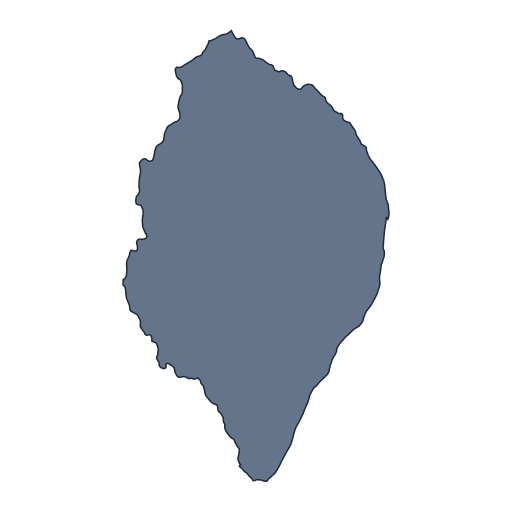 Santana, Boyacá, Colombia (Equal Earth projection)
{"feature_id": "7082276B99555261939009", "entity_name": "Santana", "entity_type": "district", "adm_level": 2, "iso_a3": "COL", "parent_name": "Colombia", "parent_adm1": "Boyacá", "projection": "equal_earth", "projection_center": [-73.497, 6.055], "detail": "fine", "context": "isolated", "style": "filled", "palette": "slate", "viewbox_px": 512, "rotation_deg": 0, "n_neighbors": 0, "source": "geoboundaries", "source_scale": "gbopen_adm2", "svg_char_len": 6025}
<svg xmlns="http://www.w3.org/2000/svg" viewBox="0 0 512 512"><path d="M367.7,153.2L367.1,152.3L366.5,150.5L366.3,148.0L365.7,146.8L364.3,145.8L361.3,144.1L359.7,140.2L358.0,137.7L356.3,134.9L355.8,133.2L355.4,131.4L354.7,129.9L351.0,124.8L350.1,123.1L349.2,122.4L347.1,122.0L344.2,120.5L343.1,119.3L342.7,118.3L342.7,116.8L342.6,115.0L342.0,114.1L341.0,113.4L339.2,113.5L338.2,113.3L336.2,111.9L335.2,111.6L334.1,110.8L333.2,109.7L332.8,108.3L331.9,106.9L331.0,105.8L327.7,103.1L326.6,102.1L325.8,100.6L325.6,98.9L325.0,97.3L323.3,96.4L321.0,94.6L318.7,92.0L315.2,88.5L312.8,85.4L311.6,84.8L310.3,84.5L309.2,84.5L308.0,84.2L306.8,84.5L304.6,85.4L303.3,86.2L302.2,87.6L300.4,89.3L298.9,89.3L297.3,88.6L296.2,87.8L294.0,85.2L293.3,83.7L292.8,82.2L292.6,80.2L292.0,77.8L291.4,76.4L290.5,75.6L288.7,75.4L287.7,74.3L286.5,72.9L284.8,71.3L284.1,71.4L282.9,70.8L281.8,70.7L279.0,71.8L277.4,71.3L275.2,70.3L274.3,69.5L273.1,65.9L271.4,64.7L270.5,64.7L269.1,64.3L266.5,62.6L263.8,60.4L261.8,59.4L259.2,58.4L256.3,58.1L255.3,57.6L253.8,53.8L252.4,50.9L251.5,49.6L249.9,48.3L248.6,46.6L245.3,39.9L244.5,39.0L243.6,38.2L242.0,37.7L238.6,38.9L236.9,38.9L235.9,38.2L234.8,37.0L232.1,32.3L231.4,30.7L227.0,33.9L225.0,34.4L222.0,34.8L219.3,36.1L215.1,38.8L212.3,39.9L211.3,40.6L210.5,40.8L209.7,40.6L209.2,40.7L208.8,41.3L208.4,43.3L205.7,48.7L205.0,50.1L203.2,51.8L202.5,52.8L202.1,54.3L201.5,55.0L200.5,55.6L197.5,56.6L195.5,57.5L192.2,60.3L185.8,64.1L181.8,66.8L179.5,67.5L178.7,67.5L177.4,67.2L176.6,67.3L175.5,68.6L175.3,70.0L175.5,71.8L176.0,74.1L176.5,75.8L177.5,77.9L178.6,79.0L179.8,79.2L180.8,80.7L181.7,82.7L182.2,84.5L182.4,86.2L182.3,91.8L182.0,93.6L181.5,94.6L180.3,96.2L179.9,97.5L178.9,101.1L178.3,104.5L177.9,107.4L178.5,109.4L179.8,113.3L180.0,116.7L179.6,118.6L179.0,119.7L177.7,121.0L176.3,121.6L174.9,122.0L173.4,122.8L172.0,123.9L168.9,125.7L167.3,127.0L164.6,133.4L164.3,134.7L163.9,138.7L163.6,140.3L161.5,143.0L157.6,145.3L156.5,146.4L155.8,147.7L154.7,151.4L154.0,155.7L153.5,157.6L152.9,159.5L152.3,160.5L150.8,161.1L149.0,161.2L147.5,160.5L146.4,159.4L145.3,158.9L144.2,158.8L142.8,159.2L141.2,160.6L139.6,162.6L139.4,163.9L140.5,170.0L140.5,172.4L139.6,176.8L139.1,181.6L139.0,187.6L139.6,190.2L139.5,191.5L139.0,192.9L138.4,194.3L137.5,195.1L136.5,196.5L136.1,197.7L135.7,200.9L136.0,202.7L136.4,203.9L137.4,204.5L140.5,205.2L141.1,205.7L142.8,209.5L143.1,210.7L143.1,212.1L143.1,213.9L142.3,219.6L142.4,222.5L142.7,226.3L143.6,229.1L144.4,230.9L145.6,233.5L146.4,234.3L146.8,235.2L146.7,236.5L146.1,238.0L144.8,238.8L142.6,239.3L140.8,239.1L138.8,239.3L137.7,240.0L137.1,240.8L136.6,242.3L136.7,243.8L137.2,245.2L137.5,246.9L137.4,249.1L136.9,250.6L135.1,251.3L132.7,250.5L131.2,250.3L130.4,251.1L129.9,252.6L129.3,255.5L128.5,257.6L127.5,259.5L126.9,261.5L126.6,263.4L126.6,265.9L126.9,268.9L126.5,274.3L126.2,276.5L125.0,278.1L124.0,279.2L123.1,279.8L123.2,282.3L122.9,284.3L123.1,285.1L123.8,285.8L124.5,286.1L124.9,286.8L125.2,287.9L125.6,290.1L125.9,294.5L126.4,297.5L127.9,301.8L129.0,304.2L129.5,305.9L129.9,309.1L130.3,310.5L130.9,311.2L131.7,311.5L132.7,312.2L135.5,313.7L137.1,314.7L137.7,315.3L138.3,316.3L140.0,319.8L140.3,320.8L140.4,321.8L140.3,325.1L140.4,326.5L140.7,327.4L142.4,329.9L144.1,332.1L145.2,334.5L146.2,335.1L146.8,335.2L147.4,335.2L148.7,334.7L149.3,334.7L150.5,335.2L151.2,336.1L151.7,337.8L152.0,338.8L151.7,340.5L152.1,341.4L153.8,341.8L155.7,342.7L156.3,343.4L156.8,344.3L158.0,347.7L158.2,349.1L158.1,350.8L157.6,354.8L156.6,357.4L156.6,358.2L156.7,358.6L157.5,360.1L158.9,362.3L159.2,363.2L159.1,365.1L159.3,365.7L160.4,367.2L161.6,368.0L163.5,368.5L164.4,368.5L165.4,368.1L165.7,367.8L166.0,367.3L166.1,366.5L165.9,365.1L166.2,363.9L167.0,363.5L168.1,363.5L172.4,366.0L173.9,367.7L174.3,368.6L175.2,372.7L176.4,374.9L177.4,376.3L178.0,376.9L179.5,377.2L180.6,377.2L183.0,376.6L185.7,376.8L186.4,377.2L187.3,378.1L187.9,378.1L189.4,378.7L191.6,378.2L194.1,379.2L196.5,378.6L198.0,377.8L198.4,378.6L199.9,380.1L200.4,380.9L200.7,381.7L200.7,382.5L201.1,383.4L201.7,384.2L203.2,385.6L204.3,389.6L205.1,393.7L205.4,394.6L206.3,396.2L208.6,399.0L209.2,400.0L211.5,402.3L214.2,404.0L216.1,404.6L217.2,405.5L217.6,406.8L217.7,408.3L218.0,409.8L218.3,411.0L219.1,412.1L220.6,413.2L221.2,413.9L221.5,414.8L222.7,416.5L223.0,417.3L223.2,418.0L223.3,420.7L223.7,422.3L224.8,424.3L224.7,426.2L224.8,428.1L225.8,430.8L226.8,432.5L229.8,436.4L231.1,437.7L233.2,438.9L233.9,439.6L234.8,441.3L235.0,442.3L237.2,446.2L238.8,448.3L239.2,448.6L239.3,449.9L238.9,453.8L238.7,455.3L238.4,456.0L238.1,457.6L238.0,458.5L238.1,459.5L238.2,460.4L239.3,463.2L239.4,463.5L240.3,464.1L240.7,464.8L239.9,465.2L239.3,466.1L240.7,467.7L242.4,468.8L244.3,471.5L246.6,472.9L247.6,474.0L247.9,474.6L249.1,476.0L252.6,479.5L252.9,480.5L253.3,480.6L255.2,480.5L256.5,479.8L257.5,479.5L258.6,480.0L260.0,479.8L260.6,479.9L263.6,480.9L264.4,480.9L265.6,481.3L266.6,481.2L267.3,480.9L268.3,479.2L269.3,478.2L274.6,473.5L275.9,471.8L279.2,466.2L280.8,462.8L286.1,452.6L289.1,447.7L290.9,444.3L292.6,438.5L294.5,431.3L296.0,427.2L299.3,421.3L303.0,413.9L304.1,410.7L308.1,401.5L309.8,395.1L312.8,389.4L314.5,387.3L316.2,386.0L317.6,384.5L320.1,381.4L326.8,375.1L327.8,373.8L328.9,371.4L330.0,366.3L331.7,361.0L333.3,357.3L335.2,354.5L336.5,351.4L336.8,349.1L337.5,347.0L339.6,343.8L341.1,341.9L343.1,339.9L345.4,337.1L348.5,334.5L353.1,329.9L356.6,327.5L359.1,326.2L360.8,324.0L362.7,321.4L364.0,316.7L365.0,314.1L366.4,311.3L371.1,305.1L375.6,296.9L377.0,293.8L377.9,291.4L378.5,289.3L379.6,286.3L379.7,284.4L380.0,283.5L379.5,279.7L379.6,276.1L380.3,272.4L381.3,264.8L382.4,261.8L383.2,259.0L384.0,256.9L384.4,253.6L384.1,250.5L383.2,249.0L383.0,248.0L383.4,244.9L383.4,243.3L384.4,231.7L386.4,217.5L386.8,217.7L387.8,219.3L388.3,218.0L388.8,215.8L389.1,213.5L388.1,204.6L387.5,202.7L385.9,198.8L386.1,198.2L385.5,193.7L384.6,185.0L384.2,182.6L383.5,180.0L382.7,178.4L381.0,174.1L378.3,169.9L374.9,164.9L370.1,158.9L367.8,154.4L367.7,153.9L367.7,153.2Z" fill="#64748b" stroke="#1e293b" stroke-width="1.5"/></svg>